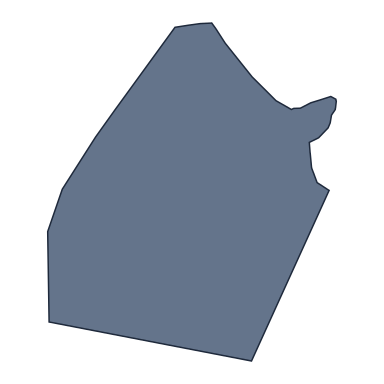 outline of Al-Kharga Oasis, Al Wadi at Jadid, Egypt
{"feature_id": "37247803B20145410144228", "entity_name": "Al-Kharga Oasis", "entity_type": "district", "adm_level": 2, "iso_a3": "EGY", "parent_name": "Egypt", "parent_adm1": "Al Wadi at Jadid", "projection": "robinson", "projection_center": [32.312, 25.153], "detail": "fine", "context": "isolated", "style": "filled", "palette": "slate", "viewbox_px": 384, "rotation_deg": 0, "n_neighbors": 0, "source": "geoboundaries", "source_scale": "gbopen_adm2", "svg_char_len": 808}
<svg xmlns="http://www.w3.org/2000/svg" viewBox="0 0 384 384"><path d="M49.1,322.0L251.5,361.0L329.1,190.4L328.4,190.0L317.1,182.6L313.9,174.0L313.9,173.9L313.7,173.4L313.5,172.9L313.2,172.2L311.6,167.9L311.6,167.5L311.6,167.3L311.5,167.2L311.4,166.0L310.2,153.1L310.1,152.9L309.3,142.4L318.6,137.8L328.1,127.9L330.2,122.9L331.5,115.1L335.3,109.5L335.3,108.5L335.5,108.2L336.3,101.1L336.2,101.0L336.2,100.9L336.1,100.7L336.0,100.4L336.0,100.2L335.9,100.2L335.9,99.9L335.9,99.7L335.8,99.4L335.8,99.2L330.8,96.5L319.9,100.0L310.8,102.8L300.3,108.2L293.7,108.4L291.4,109.5L276.0,100.7L268.7,93.4L252.1,76.9L225.2,43.2L215.7,28.5L211.7,23.0L211.2,23.1L200.2,23.6L189.3,25.1L189.2,25.1L175.0,27.3L115.1,109.7L95.6,137.0L62.3,189.2L47.7,231.6L49.1,322.0Z" fill="#64748b" stroke="#1e293b" stroke-width="1.5"/></svg>